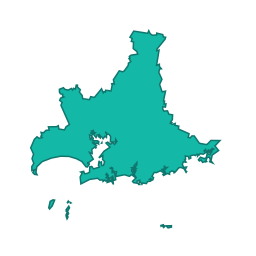 Whangarei District, Northland, New Zealand, rotated 99°
{"feature_id": "76426892B88537535922351", "entity_name": "Whangarei District", "entity_type": "district", "adm_level": 2, "iso_a3": "NZL", "parent_name": "New Zealand", "parent_adm1": "Northland", "projection": "orthographic", "projection_center": [174.414, -35.694], "detail": "fine", "context": "isolated", "style": "filled", "palette": "teal", "viewbox_px": 256, "rotation_deg": 99, "n_neighbors": 0, "source": "geoboundaries", "source_scale": "gbopen_adm2", "svg_char_len": 5928}
<svg xmlns="http://www.w3.org/2000/svg" viewBox="0 0 256 256"><g transform="rotate(99 128 128)"><path d="M32.5,107.3L30.3,108.3L29.8,114.5L31.5,114.2L32.6,118.2L31.4,120.9L28.7,122.7L31.4,123.4L31.4,137.5L38.0,140.3L38.9,137.9L42.0,138.3L42.2,136.0L48.7,135.3L51.0,131.3L53.5,129.9L55.6,136.4L57.1,137.9L58.7,137.0L59.2,137.9L62.0,135.6L63.8,137.7L66.2,137.6L72.3,140.7L73.3,142.1L72.9,145.6L82.6,150.0L86.7,148.4L86.5,150.4L87.2,151.6L87.1,150.3L94.1,150.6L94.2,156.0L96.0,156.0L95.8,157.2L97.1,157.9L93.4,160.3L103.0,165.9L102.9,169.8L106.0,170.4L106.1,177.3L103.0,178.4L100.2,181.6L97.6,181.1L95.4,184.4L93.6,184.6L93.7,185.8L97.8,186.1L97.3,188.1L99.2,188.7L97.8,190.2L99.9,192.9L99.7,196.4L98.3,198.1L100.5,201.8L103.4,201.3L104.8,200.1L104.9,197.7L106.9,197.6L107.4,196.1L109.0,199.2L111.4,199.8L113.0,197.1L116.0,197.8L133.7,186.4L136.5,189.4L139.8,190.4L139.8,196.1L136.6,197.2L137.9,198.8L139.3,206.8L142.4,205.5L143.1,208.6L146.0,210.8L145.9,213.2L148.7,212.0L149.7,212.8L150.9,211.3L152.1,214.2L150.9,216.5L153.8,218.7L162.8,221.0L168.6,217.2L173.3,218.0L177.7,215.5L181.1,217.0L185.2,216.3L183.7,213.6L187.0,215.0L188.4,213.1L188.4,210.5L186.2,212.0L180.6,212.0L174.6,207.5L169.7,199.0L166.4,190.1L165.3,181.7L166.4,174.0L168.3,168.4L172.9,163.4L172.9,162.0L169.8,160.5L168.5,161.5L169.2,162.3L167.9,162.4L168.9,162.1L164.2,157.4L158.2,162.2L158.8,159.4L154.7,160.4L150.5,156.4L147.8,161.4L148.3,159.4L147.3,159.2L149.1,157.4L147.8,156.5L148.4,154.6L147.2,155.2L145.9,154.8L145.4,156.2L146.0,161.1L143.8,160.6L142.4,161.8L142.5,162.3L144.4,162.6L145.4,163.1L145.4,163.4L140.9,164.9L141.5,162.7L138.9,161.8L138.9,164.6L138.3,161.8L136.8,163.7L135.8,161.9L137.7,161.0L137.9,159.5L139.6,161.2L142.4,158.1L139.8,157.4L138.9,155.5L139.7,155.3L139.5,154.8L139.8,154.3L139.9,154.2L139.7,155.6L141.1,155.8L142.1,153.9L140.9,154.1L140.9,152.5L142.5,150.9L139.7,149.5L140.7,147.8L137.6,148.1L137.8,147.0L137.4,147.9L136.4,148.2L136.3,149.4L135.7,149.4L136.4,148.1L137.4,147.7L137.2,146.0L138.9,143.9L144.4,143.2L143.8,138.1L141.2,138.4L143.0,136.8L146.4,138.7L144.6,140.9L146.9,142.8L145.1,145.8L146.3,147.4L149.8,142.8L154.6,148.0L162.0,152.1L159.2,148.5L163.0,148.2L164.8,145.9L168.8,146.3L169.2,148.1L165.6,148.9L166.8,150.8L164.8,151.4L169.4,151.4L171.1,150.1L173.8,155.7L171.6,157.8L172.4,159.7L177.8,159.1L179.3,161.3L179.9,163.8L177.7,165.0L178.9,167.8L179.6,166.2L183.9,167.6L190.6,165.8L184.8,157.8L182.4,150.1L183.9,147.6L183.2,144.8L184.7,144.3L183.0,142.7L183.9,141.6L183.0,140.4L185.1,140.1L183.0,136.1L186.0,133.5L180.1,135.5L183.1,137.5L181.5,138.6L182.7,139.2L180.0,140.2L180.8,141.5L180.5,141.9L179.4,140.7L177.7,142.2L177.7,140.7L175.7,142.5L177.7,140.3L179.1,140.4L180.8,138.1L178.0,135.6L182.1,133.9L181.0,132.0L173.9,134.4L174.7,136.7L170.1,137.3L170.7,138.5L170.6,138.8L170.4,138.8L170.5,139.4L170.1,140.0L170.4,138.8L170.6,138.5L169.5,138.0L170.2,136.7L172.9,136.9L173.3,136.1L172.0,135.5L173.7,135.4L172.9,132.5L177.9,132.6L174.7,124.1L175.5,119.0L173.5,117.3L175.8,112.9L172.0,116.3L169.9,115.6L170.3,117.5L168.6,117.9L167.7,116.2L166.7,118.2L165.7,115.7L165.6,116.5L165.4,115.5L164.3,116.1L160.7,113.9L163.1,113.5L165.6,115.1L166.4,113.9L166.6,116.1L168.4,113.4L170.1,113.9L168.8,114.3L168.9,115.9L170.1,114.5L173.1,114.6L175.8,112.1L180.0,115.2L181.1,114.0L181.1,110.5L178.8,110.7L177.8,108.2L181.1,108.6L179.4,107.5L181.3,105.4L180.1,105.0L180.0,101.1L178.0,100.4L176.9,97.3L175.4,97.3L175.3,98.7L174.3,97.8L175.8,96.1L175.2,95.3L172.9,95.0L172.1,96.8L167.8,95.2L167.6,92.8L165.2,89.4L167.0,84.9L163.6,86.4L164.2,87.0L164.1,87.7L163.6,88.1L162.9,85.8L159.4,86.2L161.4,84.9L160.9,83.2L163.9,85.6L166.6,83.8L168.4,86.3L169.3,85.4L166.8,82.2L167.2,79.7L165.3,80.1L163.6,78.0L164.0,74.4L159.2,71.5L158.7,69.2L160.0,64.9L157.4,64.1L158.2,66.8L155.5,68.6L152.7,68.1L152.5,65.4L150.6,67.1L149.8,66.2L146.7,67.0L146.8,63.7L149.0,62.9L148.0,61.3L145.6,62.0L144.3,58.7L144.7,56.9L143.0,55.7L143.5,53.5L142.1,52.8L142.1,49.6L140.4,47.7L138.7,49.3L137.0,48.0L139.9,46.7L140.1,45.3L138.5,46.2L138.0,44.5L137.0,45.8L137.5,43.7L134.9,41.6L135.5,39.3L136.0,41.4L137.2,41.5L136.7,42.4L137.5,41.7L139.4,41.7L137.8,42.3L139.0,44.4L140.2,42.4L141.5,42.8L141.1,45.8L145.2,46.1L146.3,48.0L145.5,51.9L148.4,53.5L149.4,52.4L148.3,50.9L150.3,48.9L148.6,45.9L144.8,45.3L144.1,43.1L146.7,41.6L148.5,42.1L149.3,38.9L147.4,40.9L141.6,40.6L136.1,35.0L132.1,39.3L126.0,35.2L127.3,44.1L131.8,47.3L132.1,49.1L131.9,55.1L125.5,61.3L125.8,63.6L127.9,64.9L127.9,67.1L124.1,66.8L121.1,78.1L118.2,78.1L118.0,82.1L116.1,82.1L117.5,84.9L116.8,86.8L115.8,85.6L115.3,86.8L112.9,85.5L108.0,86.0L108.0,89.7L104.9,91.7L105.7,95.2L103.9,96.7L101.5,96.9L101.5,94.3L98.2,94.3L98.7,96.1L95.7,96.1L95.7,97.2L85.7,96.7L86.9,100.0L80.0,103.6L74.6,102.1L68.2,106.3L64.8,106.0L64.3,104.3L62.3,106.6L60.1,107.0L61.6,109.6L46.2,109.5L47.2,111.7L45.7,111.8L34.5,105.3L32.5,105.0L32.5,107.3ZM216.8,190.6L210.7,189.2L210.7,190.9L212.6,193.4L219.2,193.8L220.3,192.8L216.8,190.6ZM216.0,173.3L214.5,174.3L218.6,176.4L219.0,174.4L216.0,173.3ZM219.1,69.6L217.7,69.8L218.7,75.1L220.4,72.8L219.1,69.6ZM221.9,173.3L219.7,174.7L220.1,175.7L221.0,174.7L222.9,175.5L223.3,174.0L221.9,173.3ZM218.9,75.9L219.1,77.3L218.0,77.9L218.7,79.4L220.7,77.2L218.9,75.9ZM227.3,174.0L225.3,173.3L223.5,174.6L224.4,175.5L227.3,174.0ZM211.8,176.4L210.4,175.0L209.6,175.6L211.8,176.4ZM162.7,63.7L161.9,63.3L161.7,64.1L161.1,64.3L160.9,65.1L162.7,63.7ZM210.9,172.6L210.6,173.3L211.2,173.1L210.9,172.6ZM182.0,108.1L181.7,108.9L182.1,108.7L182.0,108.1ZM152.8,156.7L151.7,156.2L152.7,156.9L152.8,156.7ZM219.8,80.0L219.2,79.4L219.3,80.2L219.8,80.0ZM146.8,154.8L147.8,154.5L146.7,154.7L146.8,154.8ZM149.1,45.6L148.8,45.0L148.4,45.4L149.1,45.6ZM165.0,75.4L164.5,75.9L165.1,75.6L165.0,75.4ZM147.1,151.7L147.0,151.4L146.6,151.5L147.1,151.7ZM153.5,66.0L153.2,66.0L152.7,66.1L153.5,66.0ZM144.1,54.4L144.2,54.7L144.6,54.7L144.1,54.4Z" fill="#14b8a6" stroke="#0f766e" stroke-width="1.5"/></g></svg>